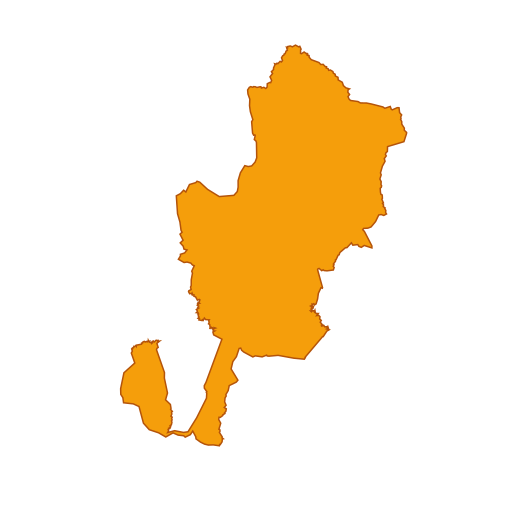 outline of Na Wang, Nong Bua Lam Phu, Thailand, rotated 35°
{"feature_id": "78962969B46616505195468", "entity_name": "Na Wang", "entity_type": "district", "adm_level": 2, "iso_a3": "THA", "parent_name": "Thailand", "parent_adm1": "Nong Bua Lam Phu", "projection": "albers", "projection_center": [102.064, 17.314], "detail": "fine", "context": "isolated", "style": "filled", "palette": "amber", "viewbox_px": 512, "rotation_deg": 35, "n_neighbors": 0, "source": "geoboundaries", "source_scale": "gbopen_adm2", "svg_char_len": 6078}
<svg xmlns="http://www.w3.org/2000/svg" viewBox="0 0 512 512"><g transform="rotate(35 256 256)"><path d="M231.7,452.2L240.3,447.5L246.5,446.4L259.7,457.5L268.2,459.5L277.6,456.7L285.9,456.0L289.5,448.5L294.9,447.4L299.9,444.7L301.9,445.0L304.7,440.0L304.6,435.7L310.3,438.6L311.8,440.2L317.3,440.3L321.8,439.6L325.4,438.2L329.4,435.2L334.8,432.5L334.3,431.3L334.9,431.1L334.8,427.7L333.4,425.2L334.0,424.5L332.4,424.4L332.0,423.5L327.2,421.5L327.0,420.1L325.9,419.0L325.0,419.2L323.0,413.2L319.2,411.3L318.2,409.3L319.3,408.7L320.3,405.7L319.9,405.1L320.9,402.9L320.2,402.6L320.4,400.5L319.3,398.2L316.9,398.3L317.1,395.4L314.0,393.5L312.0,389.9L311.9,387.8L310.8,386.8L310.4,382.2L308.4,377.5L312.2,370.6L312.4,368.1L300.4,362.8L297.6,355.8L297.7,349.7L295.2,341.4L296.3,340.2L298.2,341.4L301.0,341.7L311.3,340.5L312.7,338.2L318.9,335.1L321.6,331.1L322.5,331.5L324.1,330.6L331.1,324.7L345.6,318.0L354.8,312.8L354.7,310.9L354.3,310.8L356.8,283.8L357.3,283.5L357.1,276.9L358.2,274.5L355.9,275.2L356.9,273.8L355.3,272.6L355.4,274.0L354.5,273.3L353.0,274.6L351.5,274.0L350.2,275.4L350.0,274.3L349.2,274.9L348.8,273.9L346.6,273.4L346.4,271.3L344.3,271.1L343.2,269.0L341.3,268.7L339.9,270.0L340.0,267.4L338.4,268.5L337.1,268.4L335.4,266.7L335.7,268.2L334.7,267.7L333.6,268.6L333.4,269.9L332.2,269.7L333.2,269.0L332.8,268.0L331.7,268.1L331.3,267.0L332.7,266.3L332.0,264.1L331.1,264.6L331.3,265.6L329.4,265.7L330.2,264.3L329.5,263.2L330.2,263.1L330.7,261.9L332.0,262.5L332.7,260.8L331.1,255.9L328.5,250.8L327.4,244.7L328.8,244.4L328.7,243.8L314.3,231.9L314.1,231.1L314.8,230.0L318.3,230.3L318.9,228.8L320.1,228.9L322.7,227.4L327.4,223.1L326.6,220.6L325.1,220.1L324.9,218.4L324.0,218.2L324.1,214.7L323.3,213.6L323.7,213.1L322.8,208.3L323.4,207.3L322.7,205.1L324.5,198.0L325.7,197.0L326.6,190.5L329.1,191.6L332.8,188.3L334.8,189.1L337.3,188.5L338.6,185.3L346.3,182.9L345.2,181.3L330.7,173.7L328.3,173.2L328.3,171.7L331.7,169.0L333.6,166.2L334.2,159.2L333.0,152.0L334.8,150.2L337.4,149.5L338.8,146.7L337.2,146.0L336.2,144.2L334.2,143.3L334.2,142.6L331.9,142.5L331.2,141.0L329.4,140.3L329.9,139.4L326.5,137.3L326.5,136.3L324.8,134.1L324.0,133.5L323.0,133.9L321.4,132.4L318.9,129.3L319.2,127.8L318.6,126.4L317.4,125.8L315.9,123.3L313.3,121.9L312.0,117.7L310.3,116.6L308.0,109.9L307.4,104.4L305.2,102.6L305.3,99.3L303.8,98.6L303.2,96.7L303.7,95.1L301.0,90.9L311.6,77.5L309.1,69.4L308.5,68.4L305.3,67.9L304.2,66.2L299.8,64.4L298.3,62.3L296.1,61.2L296.1,60.4L294.8,59.1L294.4,56.9L291.4,56.2L288.1,52.5L286.6,53.5L283.8,58.1L282.6,58.2L280.2,56.5L276.8,61.1L274.5,61.1L263.3,65.3L258.8,67.3L253.8,70.7L250.9,71.0L244.2,74.4L242.0,74.0L239.9,72.6L240.0,70.0L237.3,69.2L236.1,67.0L236.7,65.5L233.2,66.7L229.9,66.3L227.0,64.2L222.3,64.6L220.7,62.6L217.7,63.0L216.6,61.7L214.5,61.9L213.2,60.8L210.2,61.0L209.1,62.2L207.6,61.2L205.7,61.7L205.2,60.5L203.8,61.1L201.1,60.5L199.2,62.0L196.6,61.4L188.6,63.5L185.6,62.7L184.5,61.4L182.9,62.1L182.6,60.9L181.6,60.8L181.5,61.4L178.4,61.3L177.3,64.1L176.3,64.5L174.2,61.4L174.3,60.7L171.6,59.1L171.0,60.2L167.4,60.6L165.8,63.8L163.6,64.3L161.8,66.3L162.4,67.3L161.3,67.5L163.7,69.5L163.1,70.9L163.8,73.5L163.2,74.4L163.6,75.4L163.0,76.8L163.2,79.0L165.6,80.7L165.5,82.5L164.1,82.7L163.6,85.9L162.6,86.0L162.4,87.3L161.0,87.8L161.8,88.3L162.5,91.9L163.4,93.2L162.9,96.2L164.9,97.0L164.7,101.2L168.1,103.2L168.6,105.6L167.7,106.0L166.4,108.4L168.2,111.2L168.1,112.6L167.9,113.2L165.7,113.3L164.1,115.3L163.3,114.6L162.5,114.8L160.1,117.4L158.2,117.8L156.8,118.7L156.6,119.6L154.5,120.3L153.8,121.7L153.9,124.8L156.5,127.9L161.0,131.1L164.5,136.6L168.7,141.1L175.2,146.1L175.4,148.5L182.7,157.3L184.8,158.4L185.6,157.5L186.3,157.9L187.8,161.6L189.9,161.8L191.3,162.8L200.3,175.2L201.4,179.6L200.8,184.7L198.3,187.2L195.0,188.4L195.5,196.8L198.1,204.5L201.9,209.9L203.7,213.9L203.1,219.0L191.8,228.4L178.2,229.2L167.6,227.8L164.8,228.6L164.6,230.4L160.5,235.6L161.8,243.8L159.0,243.6L158.3,248.3L156.2,252.4L167.5,266.4L174.2,271.8L179.8,277.9L181.8,279.0L181.2,281.7L187.2,284.9L186.4,288.7L190.7,289.7L193.1,291.7L196.0,290.6L195.8,294.4L193.1,298.0L194.1,299.4L194.3,303.2L200.8,302.6L203.0,300.5L206.7,299.2L209.1,299.8L211.0,299.4L212.1,305.3L213.8,306.5L216.6,312.6L219.9,317.4L220.2,319.0L222.1,320.7L220.9,323.0L221.2,323.9L223.3,325.0L224.5,323.7L225.5,324.2L225.2,323.3L226.5,324.2L227.4,323.4L228.3,324.6L229.9,324.1L233.3,325.8L234.4,324.1L235.2,324.1L236.1,327.2L236.9,327.1L236.2,328.1L235.3,327.6L235.5,328.8L236.4,329.0L236.2,330.0L237.8,329.9L237.9,331.9L238.9,331.6L237.9,334.1L239.2,334.4L239.9,335.4L239.7,336.4L240.8,335.6L241.9,336.2L241.6,336.9L242.5,337.0L243.0,338.2L244.4,338.7L244.2,340.3L245.6,339.8L245.9,341.1L248.9,339.8L248.7,338.9L249.7,339.0L249.3,336.5L251.2,337.0L254.3,335.1L254.3,336.0L255.8,337.4L256.0,338.8L257.4,338.7L259.3,340.7L259.9,342.3L260.2,340.1L261.1,340.4L261.6,339.7L261.8,340.7L262.7,340.7L263.2,338.5L264.1,338.3L263.2,339.5L263.4,341.3L264.0,341.8L265.1,341.2L264.3,343.0L266.6,344.9L275.8,343.7L287.5,388.2L288.0,391.9L289.5,393.9L293.5,395.3L293.5,396.2L294.4,396.7L297.0,400.9L300.2,422.6L301.1,439.0L297.8,442.1L289.5,445.8L284.9,451.3L284.7,449.3L283.6,448.7L283.9,447.7L283.4,447.4L284.2,446.7L283.5,446.4L283.5,445.7L284.1,445.3L283.6,444.0L283.0,444.0L283.5,442.8L282.5,440.4L281.3,439.5L281.3,438.4L280.2,437.6L279.8,436.1L278.2,436.0L277.7,433.7L276.3,432.3L276.6,431.3L274.0,430.6L273.8,429.6L271.0,426.7L264.4,425.7L262.1,419.0L251.0,408.6L247.9,404.0L228.3,389.9L227.8,388.5L228.3,387.0L224.9,384.4L225.8,381.1L224.9,382.0L224.5,381.5L224.3,382.1L223.9,381.6L222.5,382.3L222.0,384.7L220.6,384.5L220.2,385.7L221.0,386.2L220.7,387.4L220.0,386.6L220.0,387.2L218.3,387.7L217.9,386.6L217.1,387.4L216.2,386.9L216.6,387.6L216.2,387.6L216.1,388.8L215.3,388.8L214.6,390.0L213.4,390.0L212.6,391.6L213.0,392.4L212.2,393.0L212.8,393.9L209.1,397.7L209.6,398.5L208.9,398.2L208.5,399.9L207.8,400.1L208.1,400.7L207.4,402.8L208.1,402.8L207.9,403.8L209.3,404.9L209.5,407.0L218.1,413.2L214.8,427.4L221.2,442.3L224.6,446.9L228.2,448.4L231.7,452.2Z" fill="#f59e0b" stroke="#b45309" stroke-width="1.5"/></g></svg>